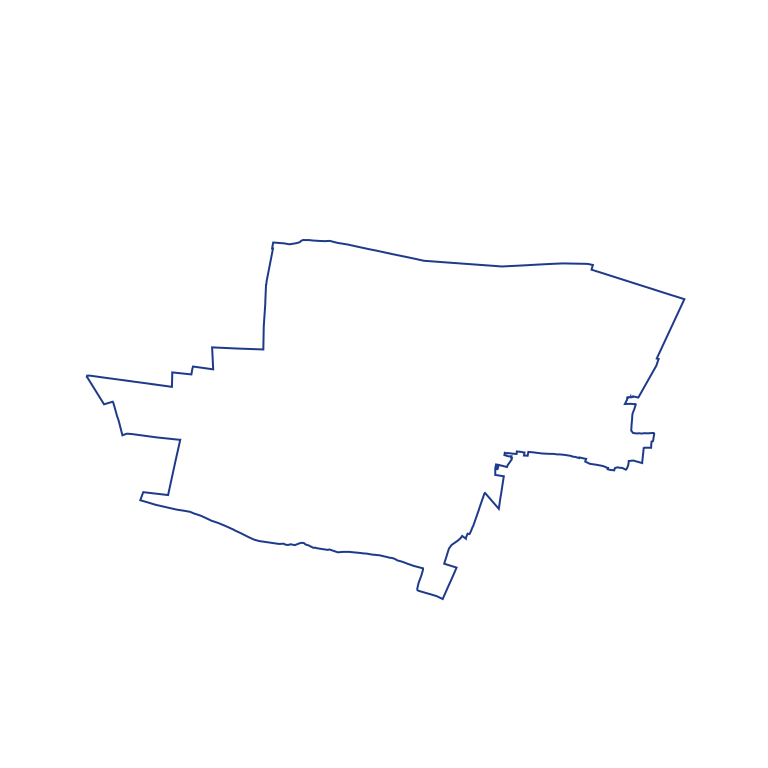 the district of Nicoresti, Galati, Romania, rotated 119°
{"feature_id": "2599482B68541646922619", "entity_name": "Nicoresti", "entity_type": "district", "adm_level": 2, "iso_a3": "ROU", "parent_name": "Romania", "parent_adm1": "Galati", "projection": "orthographic", "projection_center": [27.308, 45.921], "detail": "fine", "context": "isolated", "style": "outline", "palette": "blue", "viewbox_px": 768, "rotation_deg": 119, "n_neighbors": 0, "source": "geoboundaries", "source_scale": "gbopen_adm2", "svg_char_len": 4870}
<svg xmlns="http://www.w3.org/2000/svg" viewBox="0 0 768 768"><g transform="rotate(119 384 384)"><path d="M548.6,334.7L547.7,333.1L547.6,332.8L547.2,332.0L547.0,331.3L546.7,330.8L545.7,328.3L544.8,326.4L542.8,321.6L541.9,319.3L540.8,317.1L538.9,311.5L537.8,309.2L536.9,306.9L536.0,305.0L534.7,300.3L533.8,297.3L533.3,295.0L532.3,292.8L531.7,289.7L531.8,286.7L531.0,283.6L530.4,280.8L529.8,276.0L529.0,272.0L528.9,270.6L526.3,260.5L526.8,260.2L528.2,259.7L532.8,258.6L535.8,258.1L541.3,257.3L547.1,255.6L548.0,254.9L548.2,253.9L546.5,246.3L546.0,244.0L545.2,240.7L544.0,235.0L543.9,233.3L543.6,228.6L543.6,228.4L539.7,228.8L535.0,229.2L533.2,229.4L522.2,230.3L515.6,230.9L509.4,231.5L512.0,244.2L508.9,244.9L505.2,245.6L501.9,246.3L496.6,247.4L492.1,246.9L485.0,243.4L482.5,242.6L481.3,242.2L479.0,242.0L479.6,237.4L478.8,237.8L474.4,238.3L473.8,236.5L472.3,236.5L470.5,236.6L466.1,237.2L465.6,237.1L465.3,237.1L447.7,240.1L446.5,240.4L431.0,243.1L430.3,242.8L437.5,223.1L425.2,227.7L424.7,227.8L406.6,234.5L409.6,242.6L403.6,245.9L400.0,247.0L399.4,245.0L403.6,243.8L403.4,243.4L399.2,244.5L398.1,240.5L397.0,236.2L394.7,236.5L391.7,236.1L390.3,236.0L389.3,235.9L388.4,235.7L386.6,236.3L386.8,237.0L385.4,237.5L386.8,239.8L387.3,241.7L387.3,242.3L387.8,244.2L385.6,245.0L385.0,242.9L384.8,242.4L384.4,242.3L382.5,237.6L380.9,234.1L378.6,235.1L377.2,231.8L376.6,230.3L376.4,229.2L375.8,227.9L378.7,226.9L377.1,223.6L373.4,224.8L371.5,220.5L370.0,216.7L368.1,212.0L366.1,207.9L365.4,206.5L364.5,204.7L363.2,202.4L361.3,197.7L360.6,196.7L358.2,191.1L356.1,185.1L356.2,184.2L355.0,181.2L354.2,177.5L353.7,177.7L353.4,177.3L353.2,176.6L352.6,174.3L351.5,170.9L354.3,170.4L354.0,165.3L351.6,158.9L350.0,154.1L349.6,152.5L349.1,149.6L349.3,148.6L348.8,147.4L350.1,147.0L349.4,144.4L347.9,140.8L346.3,141.2L345.7,141.3L345.0,140.7L344.2,140.0L343.6,139.1L343.1,137.6L341.9,134.8L341.7,130.9L340.4,130.7L340.2,130.6L338.1,130.8L337.7,130.9L337.0,131.0L336.2,131.2L334.8,131.7L332.7,132.6L330.1,128.9L328.0,119.9L314.1,125.8L313.5,125.4L313.1,124.7L312.2,123.0L310.3,119.5L304.7,122.1L303.7,121.1L302.7,121.3L296.4,123.6L296.1,124.5L298.0,127.4L299.6,130.0L300.7,132.3L301.8,133.8L302.7,135.1L303.2,136.7L304.6,138.7L306.1,142.4L304.9,145.2L301.9,146.6L299.9,147.6L298.2,148.3L297.4,148.7L296.5,149.1L294.6,149.9L292.6,150.9L289.9,152.1L288.5,152.4L287.0,152.6L285.8,152.8L285.3,152.8L284.2,153.0L283.2,153.2L281.3,153.6L280.3,153.7L279.7,154.0L279.7,154.5L280.2,155.4L280.8,156.3L281.2,157.5L281.5,158.1L281.6,158.4L281.9,158.9L282.2,159.2L282.5,159.9L282.8,160.4L283.0,160.8L283.6,161.7L284.0,162.4L284.7,163.6L282.7,163.7L280.4,163.8L280.1,163.9L279.8,163.8L277.9,164.7L277.6,164.2L277.5,163.8L277.0,163.9L276.7,163.1L276.5,162.6L276.2,162.4L275.8,162.2L275.7,162.2L276.1,161.9L275.8,161.5L275.7,161.2L275.2,160.7L274.8,160.1L274.1,160.2L273.6,158.7L273.1,156.8L272.5,155.0L236.0,154.7L229.9,155.8L229.0,155.9L229.5,157.8L164.2,162.4L166.0,171.4L167.3,177.6L169.2,187.1L173.8,210.1L183.4,257.9L181.9,258.3L178.6,259.0L179.6,262.1L180.0,263.6L181.3,266.2L186.5,276.0L191.2,284.9L192.4,287.0L197.3,295.0L204.5,306.6L210.4,315.9L215.7,324.4L221.1,333.1L222.4,335.2L224.1,337.9L225.0,339.9L227.8,346.0L231.1,353.1L239.9,372.1L249.2,392.2L254.3,403.3L256.4,407.8L257.0,409.2L258.4,414.0L261.3,423.6L266.2,439.2L271.0,455.2L273.2,462.0L277.1,474.9L279.6,483.4L283.0,492.8L283.5,494.6L284.2,497.1L284.9,500.1L285.5,501.5L286.7,503.3L287.8,505.1L290.3,510.1L293.1,516.0L294.3,519.0L295.9,521.9L296.6,523.2L297.2,524.5L298.2,525.3L299.0,525.9L299.6,526.1L300.7,526.4L301.1,526.7L303.1,528.7L305.3,531.4L307.3,533.9L308.0,535.3L308.3,536.2L309.3,539.3L310.0,540.8L311.5,544.1L313.0,547.4L314.0,549.5L319.7,547.6L319.3,546.8L320.2,546.5L324.8,545.0L351.0,536.5L353.7,535.3L354.2,535.4L370.0,527.5L370.6,527.1L391.9,517.1L412.3,506.3L423.8,528.9L435.3,552.1L437.2,550.9L454.0,540.5L461.3,559.5L463.9,558.9L466.2,558.1L469.0,557.1L476.5,574.8L489.3,568.1L515.9,636.5L516.8,638.9L517.7,641.2L519.0,644.6L519.6,645.9L520.1,646.8L521.1,648.5L520.3,646.9L521.9,647.3L522.1,646.6L537.5,619.0L531.0,612.7L531.7,611.6L532.3,611.0L536.7,606.6L541.2,602.2L543.0,600.2L544.9,598.1L555.7,587.9L552.1,584.8L550.1,580.5L541.1,557.4L531.8,535.5L531.6,535.2L535.5,534.0L552.6,529.0L585.8,519.0L593.8,538.4L595.3,542.1L596.9,541.9L603.8,540.8L602.0,532.8L600.3,524.9L594.3,504.2L591.7,497.2L589.8,491.6L589.3,486.9L588.9,485.1L588.0,480.3L587.2,468.6L585.9,461.5L584.9,452.4L584.3,444.4L584.4,443.9L583.9,436.7L583.6,428.9L583.1,422.1L581.8,416.8L579.4,410.5L574.8,398.3L572.3,394.3L572.3,392.4L571.7,390.6L570.8,389.3L570.4,388.8L569.6,388.3L568.1,383.8L564.3,380.7L562.8,379.0L561.9,376.9L562.4,374.9L561.7,371.7L561.7,370.1L561.5,366.5L561.4,366.1L560.5,364.8L560.0,362.6L556.3,352.6L555.7,352.1L555.2,351.6L553.6,342.8L550.6,338.3L548.6,334.7Z" fill="none" stroke="#1e3a8a" stroke-width="2"/></g></svg>